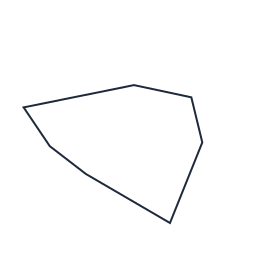 outline of Pukapuka, rotated 220°
{"feature_id": "COK-4959", "entity_name": "Pukapuka", "entity_type": "state/province", "adm_level": 1, "iso_a3": "COK", "parent_name": "Cook Islands", "parent_adm1": "", "projection": "orthographic", "projection_center": [-165.817, -10.886], "detail": "fine", "context": "isolated", "style": "outline", "palette": "slate", "viewbox_px": 256, "rotation_deg": 220, "n_neighbors": 0, "source": "natural_earth", "source_scale": "10m", "svg_char_len": 253}
<svg xmlns="http://www.w3.org/2000/svg" viewBox="0 0 256 256"><g transform="rotate(220 128 128)"><path d="M34.8,82.2L130.7,65.7L176.2,63.8L221.2,76.7L151.0,164.7L99.2,192.2L61.8,164.7L34.8,82.2Z" fill="none" stroke="#1e293b" stroke-width="2"/></g></svg>